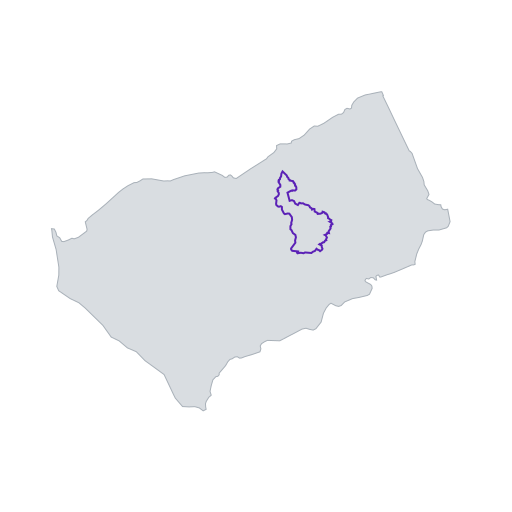 Central Gonja, Northern, Ghana shown in context, rotated 65°
{"feature_id": "2480657B60919857809422", "entity_name": "Central Gonja", "entity_type": "district", "adm_level": 2, "iso_a3": "GHA", "parent_name": "Ghana", "parent_adm1": "Northern", "projection": "robinson", "projection_center": [-1.24, 8.941], "detail": "medium", "context": "in_parent", "style": "outline", "palette": "violet", "viewbox_px": 512, "rotation_deg": 65, "n_neighbors": 0, "source": "geoboundaries", "source_scale": "gbopen_adm2", "svg_char_len": 4544}
<svg xmlns="http://www.w3.org/2000/svg" viewBox="0 0 512 512"><g transform="rotate(65 256 256)"><path d="M306.9,65.6L310.3,69.2L311.0,71.3L309.8,79.1L307.3,84.6L305.8,89.7L306.0,92.3L307.5,94.9L312.7,98.9L315.3,101.5L318.4,105.5L322.0,109.4L328.2,114.4L330.8,115.3L330.7,116.8L329.9,118.7L329.3,137.5L328.8,142.4L328.4,144.8L327.8,151.9L327.2,152.9L326.0,152.8L324.9,153.1L324.7,154.5L325.1,155.9L328.8,156.9L328.0,158.0L325.3,158.9L324.0,161.1L324.5,163.5L323.0,165.4L323.5,166.7L324.4,167.7L326.0,167.3L330.3,164.1L332.2,163.7L334.4,164.4L338.6,169.3L338.8,171.8L337.1,180.1L335.4,186.5L335.1,195.0L336.9,199.8L336.6,202.4L334.8,204.7L330.5,208.0L330.8,210.2L332.8,214.4L336.4,219.1L343.4,224.9L347.2,232.4L347.3,235.5L345.1,238.5L342.6,241.2L341.7,245.1L342.9,270.3L337.3,281.3L337.3,284.4L337.8,288.0L339.3,290.2L342.2,290.8L344.5,292.9L343.7,300.6L342.5,308.5L342.3,312.2L341.6,314.1L339.4,315.5L338.6,318.0L339.1,321.1L338.7,323.3L339.9,326.2L342.5,329.9L346.6,338.9L348.1,339.6L348.9,341.5L348.4,343.4L350.0,347.4L354.6,351.4L359.3,354.9L363.2,355.4L364.1,358.5L366.7,362.5L368.5,364.2L371.5,365.4L373.9,366.0L374.0,369.3L369.7,371.6L366.7,375.1L364.5,380.4L361.4,386.2L350.7,389.2L346.6,389.3L324.6,389.4L304.0,400.8L292.2,404.9L284.9,411.4L275.1,415.9L268.3,421.5L254.1,424.1L230.8,432.9L223.5,436.3L216.1,442.4L204.1,449.5L199.4,449.4L190.0,442.8L182.9,439.4L165.6,434.4L152.7,432.4L146.5,430.2L144.8,429.8L146.3,427.4L149.9,427.3L153.6,428.0L156.5,426.2L160.7,425.9L161.8,424.0L162.2,419.2L162.1,415.3L163.6,413.6L164.0,409.0L161.9,398.9L160.4,397.8L152.9,396.3L152.4,394.3L151.0,392.2L149.6,387.0L147.9,379.2L145.3,369.6L140.3,353.7L139.0,348.1L138.2,342.4L138.0,335.5L139.0,333.0L138.9,329.5L138.4,326.0L142.0,317.9L149.0,308.0L150.5,304.4L151.8,301.9L151.9,298.4L153.2,286.8L156.6,272.9L158.7,267.6L160.1,264.8L161.8,260.2L162.2,258.0L168.7,252.5L171.6,251.0L172.3,248.9L171.3,246.5L171.7,244.9L173.3,244.1L175.6,243.5L177.4,241.2L174.7,224.1L172.5,206.9L172.4,205.5L171.1,203.1L169.8,196.1L167.6,191.9L164.6,190.7L164.6,186.8L167.7,180.2L168.5,176.3L167.0,175.2L166.8,172.2L167.8,167.3L167.3,164.3L166.8,161.2L163.6,153.7L162.8,148.3L164.5,145.2L164.4,138.4L162.7,128.0L162.4,121.3L163.6,118.6L163.0,116.0L160.8,113.5L160.6,111.1L162.5,108.7L162.3,106.9L159.9,105.5L157.7,102.3L155.8,97.2L156.2,89.0L159.8,73.9L160.3,72.6L164.4,72.7L164.5,73.4L177.3,73.2L192.0,73.1L209.6,72.9L225.6,72.7L226.3,72.0L229.0,71.2L245.1,72.7L255.2,71.9L259.5,72.4L262.6,73.5L269.6,72.8L273.3,73.2L276.1,77.0L277.2,76.9L278.8,75.4L281.6,73.5L284.4,72.1L286.5,69.1L287.7,66.9L289.5,67.4L292.2,67.2L293.9,65.4L294.6,62.5L306.9,65.6Z" fill="#d9dde1" stroke="#a8b0b8" stroke-width="1"/><path d="M203.8,190.8L201.8,193.6L201.2,193.3L200.0,194.0L198.7,193.7L197.5,194.3L196.0,194.1L190.6,196.2L192.1,198.2L194.6,199.7L195.2,201.0L196.5,201.8L196.6,203.1L197.4,203.8L197.9,203.5L198.5,204.3L201.9,203.9L203.5,204.7L203.9,207.4L204.6,208.4L205.8,208.2L206.2,209.0L208.6,208.7L209.8,209.3L210.9,210.7L211.5,214.0L211.9,214.5L212.7,213.9L214.2,213.9L217.3,215.8L218.5,216.0L220.6,215.0L221.1,214.2L221.3,212.5L222.5,211.8L224.9,212.9L229.2,212.7L230.3,212.1L230.9,209.2L231.7,207.9L235.9,207.1L238.5,208.0L241.0,210.2L242.1,210.3L243.5,212.2L246.3,213.5L247.6,212.9L250.8,212.9L253.5,211.4L255.9,211.9L258.4,214.0L260.6,214.7L264.0,221.0L265.0,221.4L266.6,221.0L269.5,216.2L270.4,217.4L271.1,217.2L271.3,216.4L271.0,215.7L271.7,215.2L272.0,214.0L273.6,211.7L273.5,210.1L276.7,204.5L276.2,202.8L276.3,200.4L275.0,198.1L276.5,197.4L277.0,196.6L278.7,195.9L278.2,193.5L277.6,192.7L275.5,192.6L274.3,192.0L272.2,193.7L272.0,192.9L272.6,192.1L272.1,191.0L272.2,190.0L271.9,189.6L272.3,188.4L271.3,187.0L271.4,185.7L270.7,185.7L269.2,183.9L266.8,184.1L266.0,184.7L266.0,182.3L265.2,181.7L266.1,180.2L264.4,179.9L262.6,176.8L260.9,176.3L260.9,175.5L259.6,175.1L259.5,173.2L258.7,173.1L256.4,174.5L256.7,173.5L255.3,172.6L254.4,173.6L253.4,173.7L252.2,174.7L251.1,174.2L248.3,174.0L247.0,175.1L246.7,174.8L246.2,175.4L245.3,175.5L244.0,176.9L244.9,177.5L244.9,179.6L244.0,182.1L243.6,181.9L243.4,182.3L242.6,182.3L240.5,184.0L238.1,183.2L237.3,184.5L237.6,185.6L236.0,185.6L234.7,186.6L233.8,186.4L232.2,187.0L230.0,189.9L228.1,191.1L227.4,192.9L226.3,193.8L226.1,194.2L227.5,196.5L225.1,198.3L222.3,198.3L220.6,199.8L220.2,202.2L211.9,200.7L211.7,197.5L211.7,196.4L212.2,195.8L211.9,195.3L213.2,192.9L212.7,191.3L210.7,190.4L209.4,190.4L208.8,190.9L207.4,190.2L206.8,190.6L205.7,190.4L205.5,190.9L203.8,190.8Z" fill="none" stroke="#5b21b6" stroke-width="2"/></g></svg>